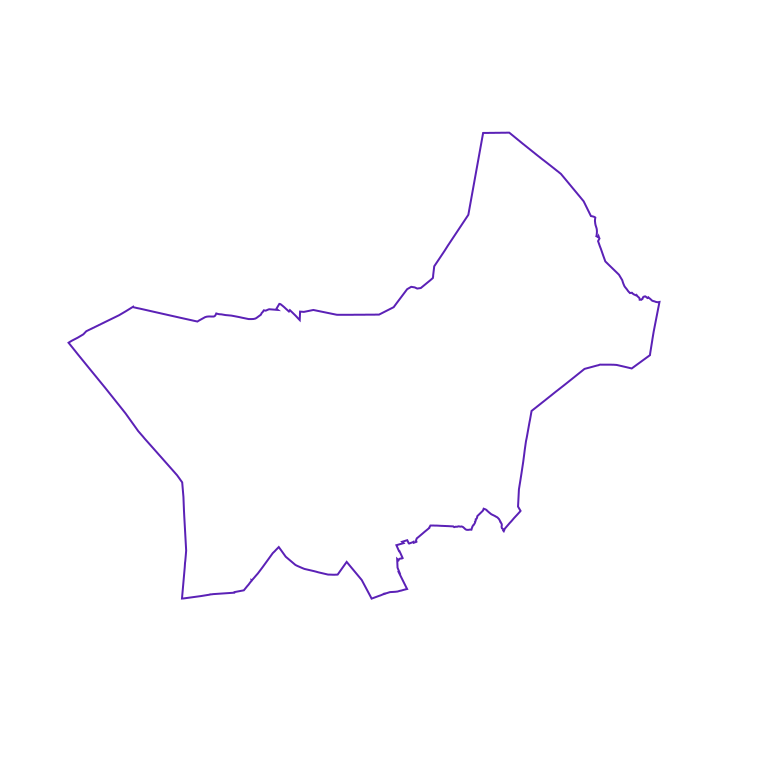 the district of Losser, Overijssel, Netherlands, rotated 241°
{"feature_id": "6326949B82961432295226", "entity_name": "Losser", "entity_type": "district", "adm_level": 2, "iso_a3": "NLD", "parent_name": "Netherlands", "parent_adm1": "Overijssel", "projection": "natural_earth1", "projection_center": [6.987, 52.3], "detail": "fine", "context": "isolated", "style": "outline", "palette": "violet", "viewbox_px": 768, "rotation_deg": 241, "n_neighbors": 0, "source": "geoboundaries", "source_scale": "gbopen_adm2", "svg_char_len": 5950}
<svg xmlns="http://www.w3.org/2000/svg" viewBox="0 0 768 768"><g transform="rotate(241 384 384)"><path d="M322.2,664.7L322.6,663.5L322.7,663.2L323.1,662.7L323.8,661.8L324.2,661.4L325.3,660.5L325.8,659.9L326.3,659.5L326.6,659.1L327.0,658.9L329.7,658.0L330.7,657.5L331.3,657.3L331.4,657.2L331.5,657.2L331.4,656.7L331.3,656.4L331.4,656.1L331.6,656.0L332.0,655.9L332.4,655.9L332.6,655.8L332.9,655.5L333.1,655.4L333.3,655.3L333.7,655.2L333.9,655.1L334.0,654.9L334.1,654.4L334.4,654.0L334.4,653.9L334.3,653.5L334.3,652.7L334.2,652.6L334.1,652.4L333.6,651.8L333.2,651.5L333.1,651.2L333.2,650.7L333.2,650.4L332.9,650.0L332.9,649.9L333.7,648.8L333.8,648.5L335.0,649.0L336.3,648.8L336.7,648.6L338.1,648.2L338.8,648.1L338.7,648.0L338.8,647.9L338.9,647.7L339.2,647.5L339.9,647.0L341.2,646.0L342.4,645.4L342.9,645.2L343.4,645.2L343.6,645.1L344.0,644.1L344.3,643.2L346.6,642.6L348.1,642.4L348.6,642.4L352.0,641.8L352.7,641.7L355.0,641.9L357.0,642.2L359.3,642.7L365.6,642.5L366.0,642.4L380.5,638.0L383.9,637.0L389.5,637.9L397.0,639.2L399.9,639.6L405.2,640.5L406.6,642.7L406.8,643.0L408.0,643.1L409.2,643.3L408.5,642.5L408.9,642.2L409.5,642.0L410.3,641.4L411.0,642.1L412.3,643.0L414.0,644.1L414.9,644.5L415.4,644.8L416.8,645.3L417.6,645.5L420.6,646.1L421.1,646.3L422.1,646.6L423.0,647.0L423.8,647.3L424.2,647.5L424.6,647.7L425.4,648.2L426.6,649.1L427.1,649.5L427.8,649.2L428.6,648.6L429.6,647.6L430.0,647.1L430.6,646.4L447.0,647.2L482.0,640.6L497.8,634.0L502.9,631.8L503.3,631.6L510.0,628.8L527.3,621.7L543.1,615.4L555.5,592.4L491.1,539.8L474.1,507.0L471.3,501.9L466.6,492.8L462.6,485.0L455.1,479.6L454.1,479.0L453.4,478.4L453.0,478.1L452.3,474.8L450.8,466.6L450.1,462.7L451.4,459.3L453.6,457.7L455.8,454.9L455.7,450.2L448.6,434.3L446.5,429.7L447.1,413.3L456.1,396.8L465.8,379.1L466.9,377.2L467.5,376.2L483.0,358.1L485.9,348.9L488.0,345.7L480.8,341.3L482.2,340.9L486.6,339.8L491.3,338.4L492.2,338.1L494.2,337.5L493.5,336.0L497.6,334.6L499.5,334.0L501.6,333.2L504.0,332.2L504.8,331.3L501.9,326.3L500.3,327.0L505.0,319.9L505.2,319.1L505.5,316.1L506.7,314.6L505.8,312.9L505.4,311.5L505.0,310.9L504.3,309.9L503.6,304.4L503.6,303.2L504.2,301.2L505.3,299.1L506.5,297.0L510.6,292.2L512.9,289.6L517.8,283.7L521.2,278.7L523.7,275.6L524.6,274.2L525.5,273.0L527.0,271.5L525.6,269.5L525.5,267.9L528.1,263.3L528.8,261.7L529.2,259.9L529.2,253.0L529.1,251.1L531.8,248.0L532.0,247.8L540.3,238.4L542.8,235.6L548.4,229.3L555.8,221.0L568.3,207.0L570.0,205.0L572.8,201.9L573.2,202.0L572.8,193.4L572.6,185.6L574.5,149.3L574.4,148.9L573.2,145.1L573.0,138.5L573.2,132.1L573.1,129.0L573.0,128.1L572.5,128.2L557.3,130.8L538.9,134.1L525.6,136.5L515.7,138.3L483.6,143.7L461.9,146.2L454.9,147.7L452.2,148.2L431.6,152.8L404.5,158.8L395.8,159.8L382.4,153.8L370.3,147.7L365.0,145.1L334.2,130.2L330.0,127.4L325.4,124.3L324.1,123.3L320.5,121.0L294.3,103.3L293.6,104.8L287.3,121.0L284.2,129.6L284.3,129.8L284.1,130.3L283.9,130.8L283.5,131.5L283.3,132.0L283.2,132.4L274.1,151.8L274.5,152.0L274.5,152.3L271.5,161.4L273.6,166.6L273.8,167.2L274.2,168.3L275.2,170.5L275.5,171.1L275.5,171.3L276.2,172.9L276.3,173.0L276.7,173.1L276.3,173.4L276.7,174.2L277.1,175.4L278.7,179.7L279.4,181.7L282.6,188.9L286.8,197.9L290.0,204.7L290.8,207.7L291.1,208.5L292.4,212.9L289.3,213.3L280.6,214.3L268.7,218.8L268.1,219.2L266.8,220.1L262.5,223.4L261.4,224.3L260.8,224.8L254.4,231.9L252.7,233.7L251.2,235.2L244.5,242.6L243.8,243.8L242.9,245.3L241.5,247.6L240.9,248.8L239.9,250.8L239.8,251.1L246.5,265.1L223.4,269.5L205.1,269.2L202.3,269.1L201.0,277.5L200.9,278.0L200.8,278.4L200.6,280.3L200.4,281.7L200.2,282.5L200.5,282.5L200.3,283.3L200.1,283.3L199.1,288.3L196.9,292.9L195.9,295.3L195.3,298.1L195.1,298.4L194.2,302.3L193.5,304.8L211.8,305.6L211.3,306.1L216.8,306.8L224.6,310.7L224.3,310.8L223.7,311.0L222.8,311.3L223.0,311.6L223.3,311.9L223.6,312.8L223.4,313.4L223.3,313.9L222.9,314.7L222.7,315.3L222.7,315.9L227.3,316.3L230.4,316.5L230.5,316.1L237.0,316.7L235.3,324.0L235.7,323.9L236.4,323.7L237.2,323.4L236.5,326.8L236.4,327.4L236.1,328.6L232.7,328.4L232.3,328.6L231.7,332.3L231.7,333.2L231.3,333.0L230.7,333.0L230.4,335.2L230.3,335.3L230.3,335.9L231.5,336.1L231.9,336.4L232.8,337.5L233.0,337.7L233.1,337.9L233.4,339.6L234.5,345.2L235.0,347.6L236.0,353.1L236.1,353.3L236.2,353.6L236.3,353.7L236.2,353.9L236.3,354.0L236.9,354.7L237.7,356.0L234.7,361.3L233.7,362.9L232.8,364.3L228.9,370.7L225.9,375.5L224.8,376.0L224.4,377.6L223.7,378.7L223.6,379.3L223.5,379.5L223.5,379.8L223.2,380.5L222.3,381.5L222.0,382.2L221.9,382.5L221.7,382.9L220.5,383.8L218.8,384.4L217.8,384.7L217.0,385.1L216.6,385.4L216.3,385.8L215.7,386.7L215.2,387.9L215.1,388.4L214.9,388.8L214.5,389.3L214.2,389.8L214.3,389.9L214.8,390.5L215.1,390.7L216.2,392.0L216.4,392.1L216.6,392.4L217.1,393.4L217.1,393.8L217.4,394.0L217.6,394.7L218.1,395.7L219.0,396.8L219.2,397.0L219.6,397.0L219.9,397.8L220.0,397.9L220.3,398.2L221.2,398.6L221.3,399.7L222.1,400.7L222.8,401.2L223.2,401.6L225.2,408.9L225.4,409.3L226.6,410.7L225.1,412.0L224.7,412.2L224.3,412.5L224.1,412.6L223.4,412.7L223.1,412.8L221.4,413.4L220.3,413.8L218.1,414.7L217.5,415.1L215.1,416.8L214.3,417.3L214.2,417.3L212.5,418.4L212.0,418.6L210.8,418.9L210.1,419.1L207.7,419.1L206.8,419.1L206.8,418.9L205.8,419.0L204.9,419.1L204.1,418.9L203.4,418.6L202.4,417.8L201.8,417.5L200.6,417.2L198.9,418.0L198.6,417.7L198.2,417.2L197.2,417.4L197.8,418.2L198.3,418.7L198.3,418.8L198.8,419.3L199.5,421.2L201.5,426.6L202.2,428.8L203.7,432.8L205.2,437.4L206.5,441.2L206.8,441.9L211.8,441.8L221.9,448.1L226.4,450.9L232.5,455.7L239.3,461.0L248.4,468.0L254.9,472.8L258.2,475.2L265.2,480.5L267.5,482.5L269.8,484.4L275.7,489.2L280.0,492.7L282.1,494.5L288.9,500.0L291.1,513.4L293.3,526.5L294.1,531.2L294.1,531.3L295.9,542.6L298.8,559.7L300.0,566.7L298.5,572.7L297.4,577.2L296.8,579.6L296.5,580.5L296.3,582.0L296.2,582.4L295.5,583.5L291.6,590.6L289.5,594.2L287.9,596.7L282.6,602.6L277.5,608.2L280.3,630.6L282.2,632.0L292.4,640.0L292.7,640.2L299.0,645.2L322.2,664.7Z" fill="none" stroke="#5b21b6" stroke-width="2"/></g></svg>